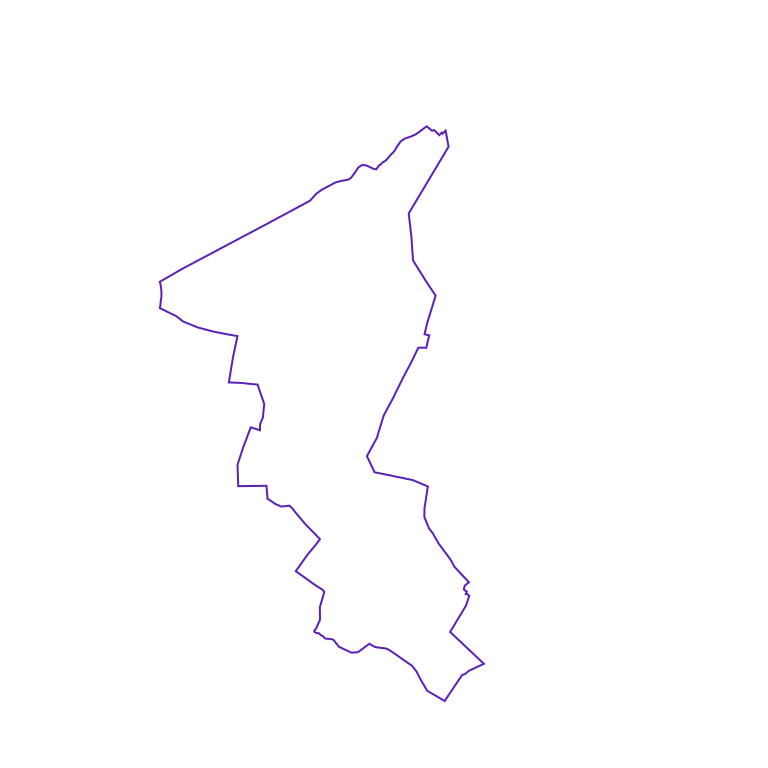 Roni, Jigawa, Nigeria (Natural Earth projection), rotated 215°
{"feature_id": "59680162B41504820717654", "entity_name": "Roni", "entity_type": "district", "adm_level": 2, "iso_a3": "NGA", "parent_name": "Nigeria", "parent_adm1": "Jigawa", "projection": "natural_earth1", "projection_center": [8.308, 12.563], "detail": "fine", "context": "isolated", "style": "outline", "palette": "violet", "viewbox_px": 768, "rotation_deg": 215, "n_neighbors": 0, "source": "geoboundaries", "source_scale": "gbopen_adm2", "svg_char_len": 2242}
<svg xmlns="http://www.w3.org/2000/svg" viewBox="0 0 768 768"><g transform="rotate(215 384 384)"><path d="M152.5,159.1L153.1,190.4L151.2,193.1L150.0,197.7L141.7,212.1L187.6,218.8L189.7,249.4L192.6,259.3L193.6,259.4L194.4,259.7L195.5,259.6L196.5,258.9L197.1,261.5L198.4,261.2L200.7,261.5L202.0,264.4L202.0,266.0L201.6,267.4L200.7,270.3L210.8,272.4L221.6,274.7L229.0,278.4L247.6,284.6L258.4,289.7L264.4,291.6L274.7,298.2L279.7,305.7L289.3,325.2L305.3,321.8L341.1,306.3L356.6,315.1L358.9,335.6L366.2,358.1L368.6,378.6L369.7,385.0L372.2,401.7L374.0,416.3L376.1,429.6L376.7,433.3L375.4,434.4L372.1,436.6L370.1,437.9L373.2,445.5L374.8,449.8L379.3,448.0L383.3,457.8L386.9,469.0L392.4,486.0L407.1,491.7L420.3,497.3L431.0,501.8L446.1,520.4L446.2,520.6L446.7,521.1L461.6,537.9L467.2,615.4L478.9,626.9L479.2,625.0L479.6,622.7L480.9,623.0L481.4,619.5L488.4,620.8L490.0,619.0L496.8,619.6L501.0,607.1L503.8,602.3L507.9,596.7L509.5,592.3L509.5,590.1L509.5,585.7L509.1,582.0L509.2,579.6L509.9,576.1L510.6,568.6L511.3,566.6L512.3,564.7L512.5,562.2L513.5,560.1L513.4,558.3L513.5,555.3L516.2,554.2L520.2,553.6L524.0,552.8L527.4,551.1L529.2,546.9L529.1,541.4L529.2,534.4L530.2,531.3L531.8,529.5L533.9,527.5L536.9,524.2L539.4,521.2L542.5,515.1L546.2,507.9L548.5,501.4L549.8,491.5L578.7,434.3L585.6,420.9L615.4,362.5L626.3,339.1L623.5,336.8L619.1,331.8L616.1,327.4L614.4,323.7L612.6,320.8L611.2,317.6L593.0,320.4L584.3,320.0L569.1,323.5L554.5,328.8L540.7,334.9L531.5,339.2L522.7,318.6L512.0,296.3L502.2,302.6L487.2,311.0L470.6,298.9L464.0,287.1L462.6,280.3L459.1,275.0L468.3,272.1L462.9,251.0L457.7,233.9L444.8,216.7L421.9,233.2L413.5,223.1L411.7,223.3L404.1,223.4L397.8,224.7L391.7,230.1L388.4,229.7L382.8,228.0L369.0,224.3L347.5,220.2L347.7,212.9L348.8,200.0L348.9,180.1L325.6,179.8L316.0,180.2L313.6,179.4L308.5,164.3L302.4,155.9L300.9,153.4L300.6,150.9L300.1,148.3L299.4,145.4L299.6,142.4L299.0,141.1L296.4,141.3L294.4,142.5L291.6,142.0L289.6,142.5L287.6,142.0L286.0,141.8L283.5,143.3L281.0,144.7L278.8,145.5L270.2,142.9L256.7,145.2L251.6,149.2L247.0,162.8L241.1,163.3L238.3,164.4L235.4,166.0L231.4,168.1L229.1,168.9L227.3,169.0L223.9,169.2L199.2,169.2L192.6,167.2L184.3,162.8L172.6,157.5L152.5,159.1Z" fill="none" stroke="#5b21b6" stroke-width="2"/></g></svg>